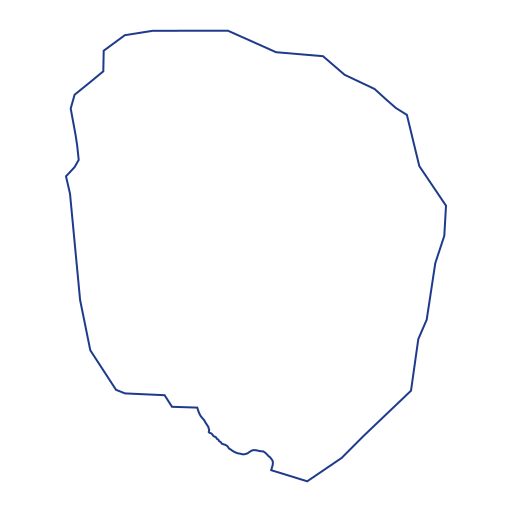 the district of Baruunbayan-Ulaan, Övörhangay, Mongolia
{"feature_id": "93677404B73529031931422", "entity_name": "Baruunbayan-Ulaan", "entity_type": "district", "adm_level": 2, "iso_a3": "MNG", "parent_name": "Mongolia", "parent_adm1": "Övörhangay", "projection": "mercator", "projection_center": [101.468, 45.195], "detail": "fine", "context": "isolated", "style": "outline", "palette": "blue", "viewbox_px": 512, "rotation_deg": 0, "n_neighbors": 0, "source": "geoboundaries", "source_scale": "gbopen_adm2", "svg_char_len": 1436}
<svg xmlns="http://www.w3.org/2000/svg" viewBox="0 0 512 512"><path d="M323.0,56.2L276.0,52.2L227.9,30.7L152.6,30.8L124.8,35.2L103.7,50.7L103.3,71.3L90.1,82.2L74.6,94.7L70.7,108.5L75.6,135.2L77.2,145.7L78.7,159.9L74.6,167.1L66.0,176.3L70.0,193.7L80.1,300.0L90.3,350.3L116.0,389.8L125.0,393.4L164.6,395.2L172.0,406.8L197.3,407.6L197.9,409.7L198.6,411.8L199.7,414.3L200.7,416.1L202.4,418.2L204.5,420.6L205.4,422.5L206.2,423.6L207.2,425.2L208.4,427.0L208.5,428.1L209.2,429.6L209.0,430.9L208.8,432.1L209.4,432.7L210.7,433.2L211.5,433.6L212.1,434.2L212.7,434.9L213.2,435.8L214.3,436.6L215.3,436.8L216.1,437.4L216.6,438.4L217.0,438.9L217.9,439.3L218.6,440.1L219.0,441.0L220.1,441.7L221.0,442.4L221.8,443.7L223.8,444.4L225.2,444.8L226.5,445.5L227.7,446.5L229.0,448.5L231.0,449.7L232.0,450.5L233.6,451.5L235.4,452.4L237.7,453.3L239.7,453.6L241.4,454.0L242.6,454.3L243.9,454.3L245.1,454.1L245.9,453.9L246.9,453.6L247.7,453.2L248.6,452.6L249.7,451.8L250.7,451.2L252.0,450.5L253.3,450.1L254.6,450.2L255.9,450.2L257.3,450.5L259.3,451.0L261.6,451.3L263.2,451.4L264.2,452.0L265.2,452.7L266.9,454.3L268.5,456.1L270.2,457.4L271.4,459.0L272.4,460.4L272.8,461.7L272.9,462.8L272.7,465.1L271.9,467.6L271.2,470.2L307.2,481.3L341.7,457.9L363.1,436.4L411.0,390.7L418.3,339.1L426.7,319.7L435.3,263.1L444.3,235.8L446.0,205.7L419.3,166.1L406.9,114.9L396.0,108.1L386.7,100.0L374.6,89.0L344.6,74.8L323.0,56.2Z" fill="none" stroke="#1e3a8a" stroke-width="2"/></svg>